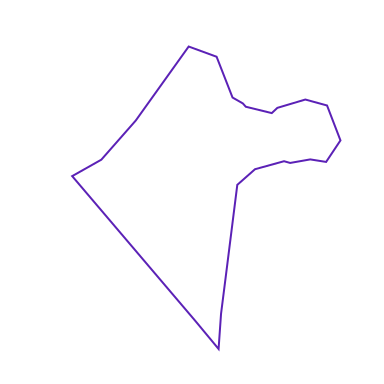 SVG path tracing the border of Ad Dakhliyah, rotated 23°
{"feature_id": "OMN-2404", "entity_name": "Ad Dakhliyah", "entity_type": "Region", "adm_level": 1, "iso_a3": "OMN", "parent_name": "Oman", "parent_adm1": "", "projection": "mercator", "projection_center": [57.794, 22.3], "detail": "fine", "context": "isolated", "style": "outline", "palette": "violet", "viewbox_px": 384, "rotation_deg": 23, "n_neighbors": 0, "source": "natural_earth", "source_scale": "10m", "svg_char_len": 441}
<svg xmlns="http://www.w3.org/2000/svg" viewBox="0 0 384 384"><g transform="rotate(23 192 192)"><path d="M256.5,258.0L266.3,292.7L277.8,326.1L245.1,309.2L75.5,224.2L95.9,197.7L112.3,148.2L132.1,59.4L161.8,57.9L192.4,89.2L204.2,90.6L208.2,92.5L234.6,88.2L237.7,81.2L260.2,62.6L282.5,59.6L308.5,86.5L303.7,111.9L288.1,115.8L271.0,126.9L264.7,127.7L241.1,146.4L230.9,167.7L256.5,258.0Z" fill="none" stroke="#5b21b6" stroke-width="2"/></g></svg>